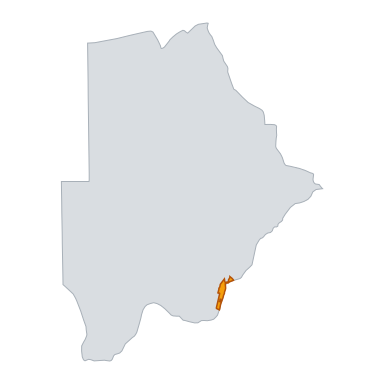 location of South-East within Botswana
{"feature_id": "BWA-2648", "entity_name": "South-East", "entity_type": "District", "adm_level": 1, "iso_a3": "BWA", "parent_name": "Botswana", "parent_adm1": "", "projection": "equal_earth", "projection_center": [25.773, -25.011], "detail": "fine", "context": "in_parent", "style": "filled", "palette": "amber", "viewbox_px": 384, "rotation_deg": 0, "n_neighbors": 0, "source": "natural_earth", "source_scale": "10m", "svg_char_len": 3609}
<svg xmlns="http://www.w3.org/2000/svg" viewBox="0 0 384 384"><path d="M208.2,23.3L207.7,25.1L207.2,27.9L207.8,29.9L208.9,32.6L210.5,35.0L211.8,36.5L213.2,40.0L214.7,44.4L216.7,47.8L222.4,55.6L223.0,58.4L223.8,61.2L227.4,66.6L227.9,68.3L227.7,72.0L231.4,82.8L233.8,89.2L235.8,90.3L242.4,97.1L248.1,102.5L254.7,106.2L259.6,108.6L262.1,110.3L263.3,112.0L264.2,115.3L264.7,120.9L264.9,124.5L270.1,124.4L274.5,124.7L276.0,125.4L276.6,126.5L276.4,128.9L276.5,132.5L276.7,135.3L276.2,138.4L275.9,142.0L275.7,146.5L276.3,148.3L280.5,153.9L282.3,157.5L284.1,163.1L285.2,164.8L286.1,165.5L289.9,166.2L299.6,168.5L305.6,170.6L310.4,172.8L312.3,173.3L313.3,173.9L313.6,174.5L313.0,179.3L313.2,180.8L313.7,182.2L314.5,183.3L315.5,184.0L319.1,184.5L321.3,187.4L322.6,188.7L316.1,189.5L312.8,191.9L310.9,196.2L307.9,199.4L303.9,201.5L299.7,202.9L295.2,203.6L290.4,207.4L285.3,214.1L282.7,218.3L282.6,220.0L281.4,221.5L279.3,222.8L278.0,224.3L277.8,226.1L276.6,226.9L274.6,226.9L273.2,228.2L272.3,230.8L270.5,232.5L267.8,233.0L265.4,234.5L263.4,237.0L261.8,238.2L260.7,238.3L259.1,240.2L256.3,244.9L255.8,247.1L252.0,264.8L250.0,266.9L246.0,270.5L242.8,274.9L241.4,277.4L239.9,278.6L232.6,280.7L229.8,281.9L226.5,283.5L225.7,285.0L224.9,290.5L222.6,298.3L220.8,304.0L219.6,309.0L217.5,315.2L215.7,317.3L213.7,319.2L211.0,320.1L207.3,320.7L204.0,320.5L201.4,320.6L197.9,322.8L194.6,322.9L189.3,321.7L185.0,320.5L183.1,320.2L179.3,316.2L176.9,316.2L173.1,315.9L171.1,315.0L169.1,312.9L164.9,308.8L160.8,305.5L157.1,303.6L153.7,302.7L150.5,303.5L148.0,304.4L147.0,304.8L145.1,306.5L143.1,309.7L141.5,314.8L140.9,317.9L139.1,324.4L136.8,332.3L135.6,334.5L134.3,336.2L132.2,337.7L125.3,343.9L121.9,350.9L119.7,353.0L117.1,353.9L114.9,354.5L113.7,355.7L112.3,359.2L111.2,360.5L109.8,361.0L105.9,360.5L104.6,360.2L94.1,360.9L90.9,359.7L88.6,359.3L85.0,360.8L83.5,359.8L82.3,356.9L81.6,351.0L81.7,345.9L83.6,342.1L85.2,339.4L86.7,335.7L86.9,334.1L86.6,332.6L86.2,329.6L86.0,326.6L83.6,319.9L80.7,311.0L76.8,301.0L75.6,298.3L73.2,294.0L64.3,285.7L63.0,284.6L63.0,283.7L62.9,275.7L62.7,265.1L62.5,254.5L62.3,243.9L62.2,233.2L62.0,222.6L61.8,211.9L61.7,201.2L61.5,190.6L61.4,181.5L67.7,181.5L75.6,181.5L84.9,181.5L89.0,181.5L89.2,180.1L89.2,173.4L89.0,158.2L88.8,142.9L88.6,127.6L88.4,112.3L88.2,96.9L88.1,81.6L87.9,66.2L87.7,50.8L87.6,43.1L94.9,42.7L103.3,41.1L116.8,38.6L129.4,35.5L137.6,33.6L147.4,31.4L150.8,31.1L151.7,31.4L153.0,32.1L157.6,39.8L160.4,45.7L161.0,48.2L161.6,48.5L162.9,48.1L164.4,47.1L169.0,41.3L169.9,39.8L172.9,36.9L176.4,34.0L179.6,32.0L182.9,30.3L184.4,30.7L186.1,32.2L187.7,33.1L195.1,26.0L198.4,24.3L207.0,23.0L208.2,23.3Z" fill="#d9dde1" stroke="#a8b0b8" stroke-width="1"/><path d="M233.5,280.3L229.3,281.9L228.4,282.8L228.0,283.0L226.6,283.0L225.7,283.3L225.3,283.6L225.3,284.5L225.6,287.2L225.6,288.6L225.3,289.8L224.5,292.1L224.4,293.5L223.6,295.2L223.0,297.7L220.6,304.3L219.7,309.1L219.4,309.9L216.5,308.5L216.4,308.1L216.4,307.7L219.5,294.3L219.6,293.8L219.6,293.3L219.3,293.1L219.0,293.1L218.2,293.1L217.9,292.9L218.8,289.7L218.9,288.7L218.9,288.2L219.2,287.9L219.5,287.4L219.8,287.0L220.3,284.3L224.4,278.9L224.6,280.0L224.7,281.3L225.0,282.1L226.0,282.4L226.6,282.1L227.8,282.1L228.5,280.9L228.5,279.9L229.9,277.4L229.9,276.6L232.1,278.4L233.3,279.8L233.5,280.3L233.5,280.3ZM220.4,299.6L220.3,299.2L220.2,299.2L220.1,299.5L219.9,300.2L219.9,300.7L219.8,301.2L219.6,301.5L219.9,301.6L220.2,301.5L220.4,301.7L220.7,301.5L220.8,301.1L220.8,300.8L220.6,300.8L220.5,300.6L220.7,300.4L220.7,300.2L220.9,300.0L220.7,299.8L220.7,299.5L220.4,299.6Z" fill="#f59e0b" stroke="#b45309" stroke-width="1.5"/></svg>